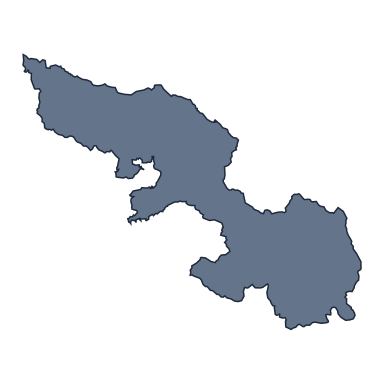 Van Chan, Yên Bái, Vietnam
{"feature_id": "81297802B1430654702420", "entity_name": "Van Chan", "entity_type": "district", "adm_level": 2, "iso_a3": "VNM", "parent_name": "Vietnam", "parent_adm1": "Yên Bái", "projection": "mercator", "projection_center": [104.568, 21.57], "detail": "fine", "context": "isolated", "style": "filled", "palette": "slate", "viewbox_px": 384, "rotation_deg": 0, "n_neighbors": 0, "source": "geoboundaries", "source_scale": "gbopen_adm2", "svg_char_len": 5957}
<svg xmlns="http://www.w3.org/2000/svg" viewBox="0 0 384 384"><path d="M338.1,207.6L333.7,213.3L332.4,212.6L329.7,212.8L326.0,210.6L323.9,206.8L320.7,206.3L318.6,205.0L316.3,201.5L312.0,201.8L310.8,201.0L310.4,199.9L309.0,199.2L304.2,199.6L299.5,194.1L298.6,193.8L297.2,194.4L294.3,194.3L291.8,196.5L291.8,198.9L289.8,201.2L289.3,203.2L285.3,208.1L286.0,210.5L285.8,211.9L284.0,212.6L282.1,211.9L278.0,212.2L271.8,213.8L269.8,210.9L267.0,209.8L264.8,210.4L263.5,213.6L260.6,212.9L258.6,211.1L254.5,209.6L252.1,206.9L245.2,202.8L243.2,193.3L241.1,193.0L240.3,191.4L237.4,190.0L235.2,190.3L233.2,189.1L231.7,189.3L230.8,190.2L229.0,190.0L226.9,188.2L223.4,182.0L223.0,180.1L224.3,178.9L225.0,174.7L224.5,166.8L228.2,165.4L231.2,162.2L230.5,158.5L232.0,156.5L231.7,152.6L234.2,150.6L236.4,149.8L235.8,147.5L237.0,146.5L237.1,144.2L238.4,140.1L236.4,138.1L233.3,137.6L231.2,136.0L228.5,132.8L227.3,129.4L222.6,127.7L220.3,124.5L215.1,120.0L214.4,121.1L215.6,122.0L214.2,122.3L211.7,122.0L207.1,119.4L202.6,113.6L200.0,112.9L198.2,110.8L197.1,110.4L197.2,108.5L195.9,108.2L195.2,105.6L193.9,104.3L193.0,104.3L190.3,99.6L187.4,99.5L180.7,96.6L177.9,96.5L175.4,95.1L172.4,95.1L171.7,96.3L171.2,96.3L163.8,89.3L161.2,85.2L160.3,84.9L155.0,85.1L154.4,85.8L154.2,87.8L151.3,90.0L150.1,88.8L148.0,88.0L143.9,90.0L136.3,91.5L131.3,94.9L124.3,94.3L118.7,93.0L117.4,92.4L115.2,87.5L111.8,87.3L107.2,86.0L105.0,83.9L101.9,85.3L97.6,85.9L93.5,85.2L92.5,84.5L90.8,81.7L87.0,80.0L82.6,79.4L78.5,77.3L77.3,76.0L75.2,77.0L72.6,75.9L72.0,75.0L70.7,74.7L70.5,73.9L68.3,73.2L67.9,72.2L65.1,71.2L64.3,69.2L61.6,68.1L60.7,66.2L59.3,66.8L55.7,65.0L50.8,66.1L50.1,66.8L50.1,68.3L46.2,67.7L45.1,60.5L42.7,59.8L39.8,62.4L36.7,59.4L30.7,58.5L29.6,59.2L28.4,58.7L26.3,56.3L23.2,54.6L23.7,61.0L23.0,64.8L23.4,65.8L25.0,67.0L25.5,68.8L25.3,70.2L24.3,71.1L25.0,72.0L26.6,72.0L27.6,70.3L28.4,70.2L28.9,72.6L31.4,73.5L31.2,79.7L34.5,88.6L35.0,89.0L39.4,88.8L40.8,91.6L39.3,93.0L38.9,97.7L39.9,102.5L38.8,105.5L38.9,107.9L37.4,108.8L36.9,110.3L37.6,111.6L37.1,113.2L40.4,115.8L42.2,118.4L42.0,121.5L44.3,123.3L44.7,127.8L46.0,128.9L48.3,129.8L48.9,129.3L50.1,129.4L51.4,130.2L53.3,129.2L55.1,132.1L58.5,134.5L62.5,135.3L65.0,137.4L67.3,137.4L69.7,136.0L72.2,136.3L73.9,137.3L75.7,140.4L77.4,142.0L80.9,143.3L83.4,146.0L86.0,146.1L87.6,147.0L90.5,150.4L92.6,148.8L93.3,146.9L94.4,145.7L96.5,146.0L96.8,147.4L99.0,150.0L102.6,151.4L104.3,152.7L105.1,152.9L106.2,151.9L107.6,151.5L109.8,151.9L110.8,150.3L111.4,150.4L115.6,155.6L119.1,158.8L117.6,166.0L116.7,168.0L117.0,170.1L118.5,169.4L118.2,170.7L116.8,171.8L115.2,171.9L116.0,173.6L116.1,176.8L117.2,177.2L123.2,178.0L126.3,177.0L128.2,178.5L132.3,178.2L133.7,176.8L134.4,175.0L137.0,173.5L140.5,168.5L144.2,169.7L141.3,167.7L141.2,166.5L139.3,167.0L139.3,164.8L135.7,165.2L132.6,164.0L132.1,159.7L136.1,160.1L136.8,158.5L138.3,159.2L138.6,158.4L139.8,158.0L142.2,160.2L142.2,162.8L146.7,162.8L148.0,161.9L149.9,162.4L151.5,161.4L151.4,160.0L152.5,158.5L152.1,156.5L153.6,156.5L153.5,160.3L154.6,163.6L153.7,165.6L154.0,167.7L155.2,169.0L157.7,169.8L160.5,171.5L160.9,173.0L160.8,175.1L157.4,181.7L156.3,182.8L156.2,185.3L153.4,187.9L152.6,188.0L152.7,186.9L151.9,186.3L150.9,188.5L150.3,188.5L149.9,187.2L149.3,187.0L147.1,188.1L141.7,187.7L140.7,189.5L133.2,191.0L130.5,194.6L129.8,194.9L130.2,195.9L133.6,196.7L131.3,198.3L130.9,200.2L131.1,202.6L132.0,205.2L131.7,207.0L132.0,209.2L136.9,210.6L137.5,212.3L134.9,215.3L134.3,215.6L133.4,215.0L132.6,216.8L130.2,216.6L129.2,218.3L127.8,218.7L128.9,222.3L130.1,222.6L130.7,223.5L130.6,221.8L131.8,220.2L134.4,220.5L135.9,221.9L136.2,221.1L135.5,220.0L139.4,218.4L139.2,219.3L140.8,220.7L140.5,219.0L143.2,218.9L145.9,218.9L145.8,220.3L146.3,220.6L148.8,219.1L148.7,216.8L150.0,215.7L152.5,214.4L153.5,215.7L155.7,213.4L157.2,214.0L160.3,211.3L162.8,211.6L163.5,209.8L164.5,209.3L164.6,208.3L166.5,206.3L167.5,206.3L167.8,205.3L174.7,202.0L178.3,201.9L180.1,201.0L182.0,201.7L186.2,201.5L186.1,203.1L188.2,204.8L191.0,205.5L194.8,205.5L195.0,207.8L195.8,209.3L199.2,210.7L200.4,213.2L203.4,214.8L202.7,216.7L203.2,218.1L209.6,220.5L214.3,219.8L221.7,222.9L223.4,227.3L222.3,228.0L222.5,228.9L221.7,230.1L222.5,231.5L221.3,232.8L220.7,235.1L226.0,236.7L225.9,238.5L226.9,239.9L224.6,242.4L226.2,244.0L226.6,246.3L229.0,248.8L229.9,251.4L225.6,254.7L221.2,255.1L219.4,257.1L218.2,259.7L216.1,261.1L215.1,262.6L211.0,261.5L205.4,257.9L201.2,257.4L200.5,257.9L200.2,259.5L196.6,263.0L191.8,265.9L191.9,268.0L190.2,270.2L190.8,272.1L190.2,275.3L192.2,274.9L193.7,276.0L199.7,278.2L201.2,279.7L203.2,284.6L205.4,286.5L207.3,286.6L210.4,290.4L212.7,290.6L216.9,294.4L218.8,294.5L220.9,296.8L223.1,297.2L224.8,295.9L226.9,297.9L231.0,298.9L234.5,301.0L238.2,301.6L241.5,300.7L244.0,296.2L243.4,291.2L244.6,287.5L247.2,288.0L248.3,287.7L252.2,284.5L255.1,287.8L260.6,287.9L262.8,287.3L267.3,284.0L268.0,284.3L268.3,286.3L266.9,292.6L267.8,297.9L270.3,300.7L271.3,303.4L272.8,305.7L274.8,306.0L274.3,307.7L275.3,314.4L276.8,315.3L279.6,314.2L279.6,317.0L282.2,318.0L285.3,317.8L286.3,320.1L285.5,321.1L285.8,326.9L291.0,329.4L294.0,327.6L295.6,327.4L297.7,325.0L299.7,324.3L302.8,326.5L303.9,326.7L306.1,325.1L309.7,325.2L312.5,322.5L315.5,322.2L321.3,323.3L327.1,322.6L328.2,322.1L328.4,321.1L326.8,318.5L325.7,315.0L326.8,314.4L330.6,314.9L330.9,313.2L330.3,310.5L331.9,307.7L333.9,307.2L335.6,307.6L337.5,310.6L338.2,313.9L341.1,317.4L345.7,320.3L349.8,319.9L353.3,318.8L355.0,315.4L354.5,313.2L352.7,309.9L351.3,309.2L351.3,307.4L346.5,303.6L346.6,298.7L345.1,297.5L345.2,296.7L346.6,295.3L345.7,293.7L345.9,292.8L347.1,291.9L349.6,291.3L352.1,291.6L354.1,287.9L354.5,285.5L356.5,282.1L358.6,280.1L358.9,276.0L357.7,272.1L358.0,271.2L360.6,269.6L361.0,268.6L360.9,261.7L356.4,253.3L353.2,249.0L353.2,246.3L351.2,244.0L351.7,241.2L348.1,235.0L346.7,231.2L346.7,229.0L345.4,225.7L346.0,222.6L345.8,220.5L346.9,218.5L343.3,211.4L338.1,207.6Z" fill="#64748b" stroke="#1e293b" stroke-width="1.5"/></svg>